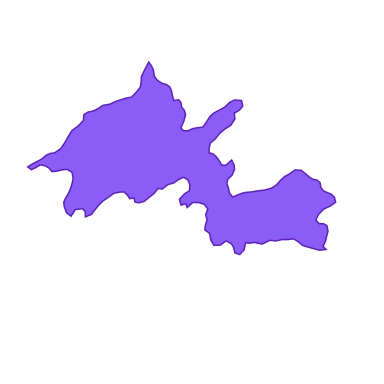 the district of São Sebastião do Rio Preto, Minas Gerais, Brazil, rotated 223°
{"feature_id": "56859067B92993268682714", "entity_name": "São Sebastião do Rio Preto", "entity_type": "district", "adm_level": 2, "iso_a3": "BRA", "parent_name": "Brazil", "parent_adm1": "Minas Gerais", "projection": "equal_earth", "projection_center": [-43.224, -19.295], "detail": "fine", "context": "isolated", "style": "filled", "palette": "violet", "viewbox_px": 384, "rotation_deg": 223, "n_neighbors": 0, "source": "geoboundaries", "source_scale": "gbopen_adm2", "svg_char_len": 2586}
<svg xmlns="http://www.w3.org/2000/svg" viewBox="0 0 384 384"><g transform="rotate(223 192 192)"><path d="M250.3,107.0L251.3,118.7L250.9,125.1L249.4,132.0L248.2,137.9L245.0,142.4L241.8,145.7L237.3,145.7L233.0,144.7L230.4,148.0L226.7,145.8L223.2,148.1L220.6,152.4L219.6,159.4L218.8,164.8L219.2,171.5L215.8,173.8L214.8,180.8L211.5,186.2L210.4,191.6L208.2,197.0L203.5,198.1L198.9,196.2L194.7,191.4L196.2,185.7L196.2,178.0L191.0,174.9L188.7,179.2L184.9,177.4L184.3,184.8L179.7,189.0L174.5,191.4L168.9,190.4L166.6,184.8L161.9,181.8L159.9,177.4L156.7,173.0L150.9,173.8L145.5,169.7L139.6,167.9L135.1,172.5L133.6,179.7L127.7,181.0L123.5,179.7L119.0,176.7L114.5,178.9L114.4,185.1L118.1,191.4L114.9,194.0L111.8,197.8L105.2,201.7L102.0,209.9L97.5,213.2L93.6,218.7L89.2,222.8L85.9,226.9L81.8,227.9L74.6,228.4L68.8,231.2L64.3,233.6L59.0,236.4L54.8,241.4L59.0,241.6L61.0,247.5L63.2,251.1L65.7,256.0L70.3,259.4L74.2,258.5L77.4,255.5L82.4,256.0L84.2,261.9L84.0,269.4L81.1,276.6L80.0,282.5L84.3,285.3L88.6,285.4L92.8,283.8L96.6,282.5L100.7,283.1L104.6,286.1L108.4,286.1L112.2,283.8L116.1,283.0L121.2,282.8L127.0,282.3L131.7,278.4L133.1,271.2L134.8,266.6L135.2,261.4L135.1,254.7L136.5,249.0L140.1,243.1L144.9,237.4L148.8,232.3L153.1,227.6L156.1,222.3L158.6,216.1L163.8,216.7L168.3,219.9L172.4,222.0L174.5,225.8L174.2,231.8L176.4,237.7L179.8,240.6L184.8,242.4L185.4,234.6L188.7,232.0L193.7,233.5L198.9,234.4L202.9,234.1L206.2,232.3L209.1,235.3L211.9,240.1L211.2,246.7L211.7,253.5L210.9,260.4L209.1,267.2L210.4,274.6L214.8,278.4L213.1,284.3L213.5,289.5L218.1,292.7L223.6,288.4L225.6,283.1L225.9,276.4L227.9,270.5L229.8,265.0L230.4,259.6L229.2,253.2L228.3,246.8L231.7,242.9L234.6,239.0L236.7,234.1L240.1,231.0L243.8,231.3L246.4,238.5L249.6,244.4L253.5,246.5L257.6,247.0L261.0,249.9L264.7,250.4L267.6,246.5L271.6,248.8L275.6,251.7L279.9,253.7L283.8,253.2L288.7,250.8L294.1,250.1L298.7,251.1L303.5,255.0L307.9,256.7L312.3,257.5L310.1,249.6L307.7,241.9L303.9,237.4L301.3,233.5L300.8,226.7L300.9,220.2L304.2,215.8L307.1,210.6L309.8,205.8L311.9,200.3L316.3,194.5L317.7,188.4L319.8,183.3L322.6,179.5L323.8,174.8L320.2,170.3L320.3,162.5L321.7,155.0L320.3,148.1L318.5,140.5L317.6,133.9L319.2,126.9L322.1,123.3L323.8,119.2L324.4,113.5L325.9,109.1L327.9,103.7L329.2,98.3L324.7,98.8L322.9,103.4L321.5,108.3L317.1,111.2L312.5,112.0L308.3,111.4L305.0,115.2L302.5,119.2L298.9,123.3L293.3,124.6L288.3,121.0L286.0,117.4L283.3,111.9L281.5,107.0L280.4,101.9L278.9,97.1L275.2,94.0L269.7,91.3L264.0,91.8L265.3,99.9L260.5,105.2L256.5,104.7L253.0,101.1L250.3,107.0Z" fill="#8b5cf6" stroke="#5b21b6" stroke-width="1.5"/></g></svg>